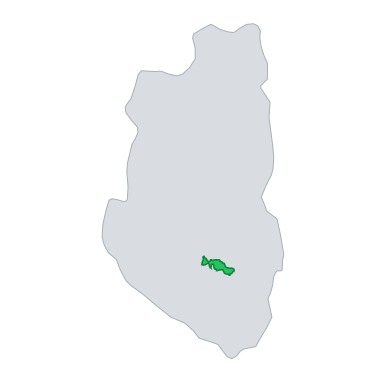 Dagala, Thimphu, Bhutan shown in context, rotated 269°
{"feature_id": "84629894B90537236845167", "entity_name": "Dagala", "entity_type": "district", "adm_level": 2, "iso_a3": "BTN", "parent_name": "Bhutan", "parent_adm1": "Thimphu", "projection": "orthographic", "projection_center": [89.65, 27.288], "detail": "fine", "context": "in_parent", "style": "filled", "palette": "green", "viewbox_px": 384, "rotation_deg": 269, "n_neighbors": 0, "source": "geoboundaries", "source_scale": "gbopen_adm2", "svg_char_len": 5492}
<svg xmlns="http://www.w3.org/2000/svg" viewBox="0 0 384 384"><g transform="rotate(269 192 192)"><path d="M313.4,161.9L312.8,164.5L310.1,171.3L308.4,178.7L310.1,184.7L316.5,191.8L325.1,197.5L335.9,197.7L345.8,195.3L349.8,196.2L355.4,205.7L359.4,214.0L354.3,222.6L351.6,230.2L350.7,235.6L351.4,237.9L354.7,242.2L358.6,249.5L359.2,256.3L356.9,260.8L351.8,263.2L346.3,262.6L341.8,262.8L336.1,263.7L327.3,266.3L319.1,269.7L303.6,269.4L297.3,262.7L294.4,262.8L280.4,271.6L265.1,270.3L237.1,273.5L225.5,274.3L213.5,273.4L207.4,271.6L196.1,265.6L185.8,261.2L175.4,265.3L171.8,266.1L163.5,276.6L145.4,280.1L127.4,282.7L122.0,281.3L111.9,280.7L111.5,278.2L111.8,275.8L109.5,274.0L105.4,272.0L98.3,271.2L89.2,268.6L84.0,266.1L65.5,269.7L54.7,264.1L42.5,256.5L36.4,253.1L34.2,241.4L32.0,237.6L27.3,233.6L24.6,228.9L26.8,224.2L39.0,215.3L40.0,213.2L45.7,196.6L53.5,190.6L61.2,182.2L67.1,168.8L78.3,155.2L90.6,141.1L99.1,129.7L104.7,124.3L116.2,118.6L125.8,115.2L132.5,107.5L140.5,103.3L148.7,101.3L161.0,102.3L172.5,105.0L185.2,108.8L186.7,111.8L185.6,117.3L183.8,122.8L183.8,125.7L185.7,127.2L198.1,128.2L213.3,127.2L221.8,127.9L240.8,132.8L246.4,136.3L252.3,139.0L257.9,138.5L265.0,132.5L272.5,127.4L277.2,126.6L280.6,128.1L286.7,132.8L299.2,137.1L310.4,140.3L314.1,143.5L313.1,157.3L313.4,161.9Z" fill="#d9dde1" stroke="#a8b0b8" stroke-width="1"/><path d="M114.3,232.4L114.3,231.8L114.4,231.7L114.6,231.6L114.7,231.3L114.8,231.2L115.0,230.9L115.2,230.5L115.3,230.4L115.3,230.1L115.2,229.9L115.0,229.6L114.9,229.4L115.0,229.2L115.0,228.8L115.0,228.7L115.0,228.3L115.0,228.2L115.3,227.8L115.4,227.7L115.4,227.3L115.8,226.6L115.7,226.5L115.7,226.3L115.7,226.0L115.7,225.8L115.8,225.3L115.8,225.1L116.1,224.9L116.3,224.7L116.6,224.5L116.7,224.4L116.7,224.2L116.8,224.1L117.2,223.9L117.3,223.9L117.7,223.7L117.9,223.7L118.3,223.8L118.5,223.7L118.7,223.4L118.9,223.3L119.0,223.3L119.7,223.2L120.0,222.9L120.2,222.7L120.0,222.3L120.1,222.2L120.3,221.9L120.4,221.7L120.5,221.6L120.5,221.4L120.5,221.2L120.9,221.1L121.0,221.1L121.3,220.9L121.5,220.8L121.6,220.7L121.6,220.4L121.7,220.2L121.8,220.0L121.7,219.9L121.8,219.7L122.1,219.4L122.1,219.2L122.1,218.7L122.3,218.6L122.5,218.6L122.8,218.7L123.0,218.8L123.3,218.7L123.6,218.0L123.7,217.7L123.7,217.4L123.8,217.1L123.7,216.9L123.6,216.6L123.6,216.2L123.6,215.9L123.6,215.6L123.8,215.4L123.6,215.1L123.8,214.9L123.8,214.7L123.8,214.3L123.7,214.1L123.8,213.9L123.7,213.5L123.6,213.3L123.6,213.2L123.6,212.9L123.6,212.6L123.6,212.3L123.5,212.1L123.4,211.9L123.4,211.6L123.3,211.4L123.2,211.2L123.3,210.9L123.5,210.9L123.9,210.1L123.9,209.9L123.9,209.7L123.9,209.4L123.7,209.4L123.4,209.2L123.0,209.2L122.9,209.0L122.7,208.8L122.6,208.6L122.4,208.5L122.3,208.4L122.0,208.2L121.8,207.9L121.6,207.5L121.9,207.3L122.0,207.1L122.3,207.0L122.4,206.8L122.7,206.7L122.8,206.4L122.9,206.2L123.2,205.6L123.4,205.7L123.6,205.8L124.1,205.6L124.4,205.5L124.8,205.0L125.2,204.9L125.3,204.9L125.4,204.4L125.5,204.3L125.6,204.2L125.8,204.0L125.9,203.9L126.4,203.5L126.6,203.3L127.0,203.1L127.3,203.0L127.5,202.9L127.4,202.8L127.3,202.5L127.2,202.2L126.9,201.9L126.7,201.9L126.6,202.0L126.4,202.0L126.3,201.9L126.2,202.0L125.9,202.0L125.6,202.1L125.4,202.1L125.1,202.1L124.9,202.2L124.7,202.2L124.4,202.1L124.1,202.1L123.9,202.1L123.7,201.9L123.3,201.7L123.1,201.7L122.8,201.7L122.7,201.6L121.9,201.1L121.7,201.0L121.3,201.0L120.9,200.9L120.7,200.9L120.4,200.7L119.7,200.6L119.3,200.5L119.2,200.5L119.1,200.9L119.0,201.1L118.8,201.7L118.7,202.2L118.9,202.8L118.9,203.3L119.0,203.8L119.0,204.1L119.3,204.4L119.5,204.6L119.5,204.9L119.6,205.0L119.8,205.2L120.1,205.8L120.4,206.2L120.3,206.9L119.9,207.6L119.4,207.9L118.7,208.0L117.9,208.0L117.5,208.1L116.7,208.4L116.2,208.7L115.9,209.0L115.8,209.4L115.8,209.6L115.6,209.8L116.7,209.6L116.8,209.8L117.1,209.8L117.5,209.9L118.0,210.0L118.6,210.1L118.9,210.2L119.0,210.4L119.1,210.5L119.2,210.9L119.4,211.2L119.6,211.6L119.7,211.9L119.6,212.0L119.3,212.0L119.1,212.0L118.9,212.1L118.7,212.1L118.4,212.2L118.2,212.3L117.7,212.5L117.4,212.5L116.9,212.6L116.7,212.7L116.4,212.6L116.1,212.6L115.9,212.6L115.7,212.7L115.6,212.8L115.4,212.9L115.1,213.0L115.0,213.4L114.8,213.4L114.6,213.5L114.4,213.6L114.2,213.9L114.2,214.0L114.3,214.1L114.3,214.6L114.2,214.7L114.0,214.9L114.0,215.0L113.9,215.0L113.7,215.1L113.4,215.4L113.4,215.5L113.2,215.7L112.9,215.5L112.9,215.8L113.0,215.8L113.1,216.2L113.1,216.3L113.1,216.6L113.2,216.8L113.3,217.0L113.5,217.3L113.7,217.7L113.7,217.9L113.7,218.0L113.6,218.3L113.6,218.5L113.5,218.9L113.5,219.1L113.5,219.3L113.5,219.5L113.8,219.9L113.7,220.4L113.9,220.6L113.8,220.8L113.8,221.0L113.8,221.4L113.7,221.6L113.2,221.8L112.9,221.9L112.7,221.9L112.4,222.0L112.2,222.1L112.0,222.3L111.9,222.5L111.7,222.6L111.4,222.6L111.3,222.8L111.1,222.8L110.6,222.8L110.4,222.9L110.4,223.1L110.1,223.4L110.0,223.6L109.8,223.8L109.7,223.9L109.7,224.1L109.6,224.3L109.5,224.5L109.4,225.0L109.4,225.3L109.3,225.5L109.3,225.8L109.3,226.0L109.3,226.6L109.3,226.8L109.2,227.0L108.8,227.1L108.7,227.2L108.5,227.3L108.4,227.4L108.3,227.5L108.3,227.8L108.1,228.0L108.1,228.3L108.3,228.2L108.6,228.2L108.9,228.1L109.0,228.1L109.3,228.3L109.3,228.5L109.3,228.8L109.3,229.0L109.4,229.3L109.5,229.5L109.7,229.8L109.8,230.0L110.0,230.3L110.2,230.6L110.3,230.7L110.4,230.8L110.6,230.8L110.8,231.0L111.1,231.1L111.3,231.4L111.5,231.5L111.7,231.8L111.8,231.9L111.8,232.0L111.9,232.3L111.9,232.5L112.0,232.5L112.5,232.5L113.1,232.8L113.4,232.7L114.0,232.5L114.3,232.4Z" fill="#22c55e" stroke="#15803d" stroke-width="1.5"/></g></svg>